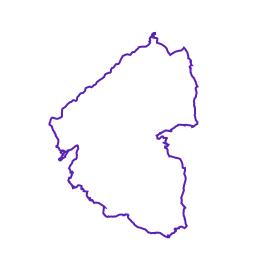 the district of Obarsia-Closani, Mehedinti, Romania, rotated 12°
{"feature_id": "2599482B76871015432444", "entity_name": "Obarsia-Closani", "entity_type": "district", "adm_level": 2, "iso_a3": "ROU", "parent_name": "Romania", "parent_adm1": "Mehedinti", "projection": "mercator", "projection_center": [22.671, 45.057], "detail": "fine", "context": "isolated", "style": "outline", "palette": "violet", "viewbox_px": 256, "rotation_deg": 12, "n_neighbors": 0, "source": "geoboundaries", "source_scale": "gbopen_adm2", "svg_char_len": 5832}
<svg xmlns="http://www.w3.org/2000/svg" viewBox="0 0 256 256"><g transform="rotate(12 128 128)"><path d="M201.2,193.5L199.9,193.9L199.4,193.5L198.8,192.6L197.8,192.2L196.8,191.0L195.9,190.6L195.7,187.5L195.3,186.3L194.7,185.8L194.6,185.3L195.6,177.6L195.6,176.9L194.9,175.8L194.8,174.5L194.9,174.2L194.7,172.5L194.9,171.9L194.9,169.0L195.1,168.3L195.1,166.2L194.6,164.3L193.1,161.9L192.7,161.6L192.5,161.1L192.6,157.5L192.0,155.4L191.5,155.8L189.7,155.4L188.7,151.9L187.1,149.3L185.4,147.5L183.3,147.1L180.6,147.2L176.3,146.8L175.3,146.8L174.4,147.2L172.1,144.3L171.1,140.9L170.3,140.0L168.3,139.6L168.2,138.2L169.6,138.2L170.6,137.2L171.0,135.9L170.0,135.9L169.3,135.3L168.8,135.7L166.3,135.0L167.7,133.9L167.4,132.8L167.7,131.9L167.5,131.3L168.2,130.0L168.1,129.8L165.9,129.9L165.0,130.4L164.4,129.9L163.9,129.0L163.0,129.2L162.0,130.4L160.9,132.1L159.0,132.2L158.5,130.6L157.6,129.4L159.0,128.4L160.2,126.7L160.3,126.3L160.4,126.2L161.1,126.6L161.8,125.6L165.4,122.5L170.8,122.3L171.0,122.0L169.9,121.5L171.8,119.4L172.9,118.5L174.8,116.1L176.1,115.4L176.3,114.6L177.4,114.1L181.8,113.5L183.0,113.7L183.1,113.1L184.0,112.8L185.9,112.8L187.7,112.5L190.5,112.7L190.6,113.7L191.5,113.3L193.9,110.4L195.6,109.1L195.2,109.2L194.6,108.2L194.6,107.8L192.7,106.2L191.0,102.3L190.5,101.7L190.6,99.6L190.2,98.6L190.2,97.8L189.9,97.2L189.7,95.8L189.0,94.2L189.0,93.7L188.1,92.7L188.2,92.2L187.9,91.8L187.6,89.8L186.9,88.5L186.9,85.5L188.0,83.2L187.7,81.9L187.9,79.7L187.7,78.9L187.0,77.7L186.9,77.0L186.1,76.0L185.9,75.1L186.5,73.5L187.3,73.0L186.4,72.2L184.4,68.5L183.3,67.2L182.1,65.4L180.6,64.6L179.6,63.4L179.2,63.2L178.2,61.2L177.6,60.6L177.6,60.1L177.2,58.8L177.0,56.6L176.4,56.7L175.6,55.4L176.2,54.5L176.5,53.1L177.1,53.1L176.6,52.6L175.3,50.5L175.9,50.1L175.3,48.6L174.5,48.3L173.4,47.3L172.5,47.3L171.8,44.4L171.0,43.2L170.4,41.8L167.8,39.2L166.0,37.8L165.4,39.3L164.1,40.9L162.9,41.6L162.1,41.7L158.2,43.7L155.3,46.4L154.2,47.8L151.1,45.2L149.3,42.2L147.6,40.9L143.5,39.2L138.5,38.5L138.2,34.4L137.4,34.1L134.8,34.3L134.8,33.6L133.8,32.7L133.4,31.8L135.0,30.4L134.7,29.4L133.3,29.8L132.4,30.8L132.1,32.0L132.1,33.4L132.5,34.3L131.3,34.3L130.6,36.0L131.6,37.9L130.8,38.9L131.9,39.9L131.1,42.0L129.8,43.5L128.5,44.7L124.6,45.6L121.9,46.6L121.1,48.6L120.3,49.4L118.6,52.3L118.1,52.6L117.2,52.6L116.2,53.4L115.5,55.4L115.1,55.9L114.7,56.1L112.0,56.0L109.6,57.3L109.2,57.8L108.0,58.6L106.7,62.6L105.9,66.7L105.0,67.5L103.1,68.0L102.8,68.3L101.5,71.6L101.1,72.0L99.8,72.7L99.3,74.3L99.5,76.8L99.2,77.5L97.8,78.0L95.0,79.7L94.3,80.9L94.3,81.9L93.9,83.2L93.5,83.5L92.8,84.7L91.1,86.1L88.1,89.5L87.8,90.3L87.5,91.7L87.1,92.3L85.4,93.5L84.9,94.6L83.8,95.8L82.0,95.5L78.8,97.3L78.3,98.1L78.2,100.7L76.9,102.8L76.4,103.3L74.5,103.9L73.5,105.7L73.1,106.8L72.0,108.5L72.2,111.1L72.0,111.7L71.2,112.4L69.5,112.1L68.9,112.1L68.2,112.5L67.2,114.2L66.0,114.7L63.9,117.2L63.5,117.9L62.8,119.7L62.3,120.4L60.2,122.4L59.9,122.9L59.8,123.9L60.2,126.3L60.2,127.4L61.0,129.9L60.7,131.1L59.6,131.8L59.1,132.5L56.9,133.7L56.1,133.9L51.9,133.5L51.0,134.5L50.6,135.8L50.6,138.3L50.3,139.5L50.5,141.1L52.5,141.8L53.6,142.7L53.6,143.3L55.1,145.7L57.1,147.4L57.1,148.1L58.7,149.5L58.8,150.6L59.8,151.4L61.1,152.9L61.5,153.1L62.3,154.0L62.4,154.6L62.7,155.2L62.8,158.3L62.8,159.1L62.2,160.3L61.7,160.8L62.0,161.5L63.9,161.4L65.7,163.8L66.7,164.2L67.5,164.0L67.2,165.9L67.7,166.3L68.1,164.8L69.0,163.5L70.4,164.2L70.8,163.8L71.8,164.2L69.7,166.9L70.0,168.0L69.2,169.1L69.0,169.7L69.3,170.3L68.5,171.4L67.8,171.8L67.0,172.7L67.1,173.4L68.2,173.9L69.0,173.5L70.9,170.7L72.6,169.4L72.2,167.6L73.1,166.6L73.7,164.3L74.2,163.6L73.4,163.2L73.4,162.7L76.8,161.0L77.5,160.4L80.8,156.3L81.8,155.6L82.5,155.7L82.8,156.2L82.8,156.9L83.6,158.2L83.6,158.8L83.1,160.0L82.7,162.9L83.3,164.6L83.7,164.8L83.7,166.2L84.1,167.6L83.6,169.3L82.3,169.8L80.7,172.1L80.5,174.3L79.3,176.9L78.7,179.7L79.9,180.7L80.8,182.5L80.9,183.2L82.4,182.3L83.3,182.9L83.2,183.7L83.0,184.0L82.5,184.0L82.4,185.2L82.8,185.6L82.3,188.7L80.9,188.8L80.7,189.3L80.9,189.7L80.5,191.7L80.7,192.1L82.1,193.0L81.9,193.4L85.2,195.6L85.5,196.3L86.0,196.2L86.9,196.5L86.4,196.9L86.6,197.8L86.4,198.1L86.5,198.3L90.1,196.4L90.8,194.8L91.3,194.3L93.1,194.2L94.5,194.4L94.9,195.0L94.8,196.3L95.5,196.5L95.2,197.4L95.4,197.5L96.2,197.1L97.1,197.2L97.6,198.0L97.7,199.0L101.5,198.7L101.3,199.5L101.6,200.4L101.4,200.8L101.5,202.1L102.0,203.0L102.8,203.7L103.2,204.5L104.9,204.6L105.4,204.3L105.9,204.4L105.5,204.5L105.7,204.9L105.4,205.0L105.3,205.3L105.0,205.3L105.0,204.9L104.6,205.0L104.8,205.6L105.6,206.5L107.1,206.6L107.6,206.0L108.0,205.9L110.3,208.3L111.6,207.8L113.5,207.5L115.3,207.5L121.1,209.8L121.7,210.3L120.9,210.2L121.5,216.4L122.8,217.7L123.6,218.0L123.9,218.5L124.7,218.9L126.4,219.3L127.3,218.5L128.1,218.7L130.1,218.0L132.0,217.9L132.9,217.3L134.1,217.3L134.9,216.9L135.7,216.0L137.6,214.6L139.7,213.9L141.2,214.0L141.5,214.4L142.2,214.0L142.9,214.0L143.0,213.4L143.6,213.0L144.7,213.0L144.9,212.8L145.8,212.7L146.5,213.2L146.4,214.9L147.3,216.3L150.0,217.8L151.0,218.8L153.4,220.0L154.2,221.1L157.8,222.9L161.8,223.1L164.2,223.5L166.1,223.6L166.7,224.2L167.5,224.4L169.6,226.0L170.8,225.8L172.4,226.1L175.5,225.1L176.4,225.3L177.1,224.5L181.1,223.9L186.6,226.2L189.1,226.6L189.5,224.9L190.5,225.9L190.6,226.4L191.0,226.3L191.1,225.1L191.5,224.2L192.6,222.7L192.7,222.1L194.8,221.1L195.1,220.1L195.4,219.7L196.0,219.5L196.2,219.2L195.9,218.3L196.3,217.8L196.3,217.4L195.3,217.9L195.0,217.7L195.3,217.4L195.2,216.9L195.0,216.7L195.3,216.5L195.6,216.7L196.3,216.6L197.1,215.9L198.7,215.6L199.0,214.6L198.9,214.1L200.9,213.3L204.2,214.1L205.6,212.2L205.5,211.6L205.7,211.4L204.7,210.3L204.1,209.3L203.7,207.8L202.9,206.1L202.4,205.5L202.5,204.8L202.1,204.5L201.6,203.2L200.8,202.4L199.8,199.0L199.9,197.5L199.4,196.4L200.0,194.7L201.2,193.5Z" fill="none" stroke="#5b21b6" stroke-width="2"/></g></svg>